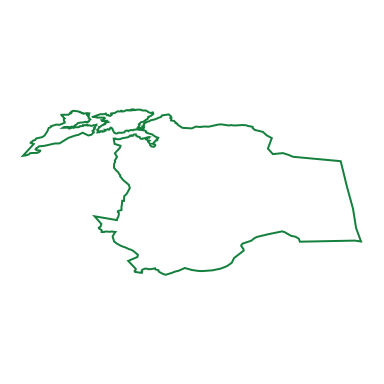 outline of Hemnes nor, Nordland, Norway
{"feature_id": "86288312B41330497985738", "entity_name": "Hemnes nor", "entity_type": "district", "adm_level": 2, "iso_a3": "NOR", "parent_name": "Norway", "parent_adm1": "Nordland", "projection": "robinson", "projection_center": [13.774, 66.006], "detail": "fine", "context": "isolated", "style": "outline", "palette": "green", "viewbox_px": 384, "rotation_deg": 0, "n_neighbors": 0, "source": "geoboundaries", "source_scale": "gbopen_adm2", "svg_char_len": 5951}
<svg xmlns="http://www.w3.org/2000/svg" viewBox="0 0 384 384"><path d="M168.7,114.4L162.1,115.4L161.7,115.6L161.4,116.6L160.0,117.4L158.2,117.8L157.6,118.3L154.4,119.5L150.7,120.3L149.4,121.2L146.9,121.9L143.9,123.8L143.7,124.2L144.1,125.1L143.1,126.1L142.4,126.3L142.9,127.0L144.1,127.2L144.0,127.5L143.6,128.4L137.9,127.5L139.5,125.3L139.6,124.8L138.9,124.2L141.1,122.2L143.1,121.8L144.7,120.9L145.8,119.8L147.6,119.0L147.9,117.9L148.6,117.3L148.4,116.9L151.2,115.7L152.9,114.3L152.7,114.1L153.0,113.8L152.6,113.3L153.1,113.0L152.8,112.4L150.9,113.0L148.5,112.2L146.5,110.8L145.1,110.4L143.9,110.6L141.5,110.2L141.2,109.8L137.6,109.6L134.3,110.2L133.7,110.1L133.9,109.5L132.4,109.3L132.0,109.4L132.6,109.9L131.9,110.4L128.5,110.1L128.1,110.1L128.4,110.4L126.2,110.3L123.4,111.5L121.6,111.4L121.4,110.9L122.0,110.9L121.4,110.8L120.7,110.8L121.2,110.9L120.9,111.3L119.5,111.5L117.5,111.3L114.7,113.1L111.2,113.4L111.0,113.7L112.0,114.2L111.6,115.0L110.2,115.9L109.0,115.8L108.2,114.9L106.9,115.3L105.8,113.5L104.3,114.2L100.4,114.2L93.5,116.6L93.9,116.8L93.7,117.0L96.7,117.2L97.3,117.4L95.7,117.2L97.2,117.6L104.2,117.6L104.7,118.0L104.8,118.5L102.5,120.1L101.6,120.2L102.1,120.8L101.4,121.1L105.9,121.0L107.0,120.7L107.3,121.0L106.9,121.4L108.0,122.0L105.3,122.6L104.9,123.2L105.4,123.7L105.2,124.1L104.0,124.3L103.6,124.4L103.5,124.9L102.2,125.2L100.2,126.8L99.1,126.9L98.6,128.7L97.3,129.8L97.4,130.3L97.7,130.3L97.7,131.2L98.2,131.2L97.6,132.4L99.6,132.2L100.8,131.2L102.8,131.1L103.2,131.4L103.1,131.6L104.0,131.4L104.6,130.9L105.3,130.8L105.3,130.0L105.1,129.8L106.6,129.8L107.6,129.2L108.2,129.2L108.9,129.8L109.6,129.4L110.0,128.5L110.7,128.2L110.6,127.7L110.9,127.6L111.8,128.1L112.7,129.2L112.6,129.8L114.4,132.9L116.1,133.5L117.3,133.4L118.5,132.7L121.3,132.8L124.2,132.4L125.3,131.0L126.6,130.6L127.5,130.6L128.4,131.2L128.8,130.7L131.2,130.0L133.0,130.3L133.5,129.8L136.7,129.4L144.8,130.5L146.3,131.4L146.0,132.3L147.1,133.0L152.7,134.6L153.2,135.3L156.0,137.0L158.3,137.8L158.1,138.4L156.9,139.2L157.3,140.1L157.1,140.4L155.6,140.5L154.9,141.7L153.7,142.6L153.6,143.1L152.8,143.8L155.1,144.6L155.3,145.4L154.0,146.8L151.5,146.5L150.0,144.9L150.5,143.9L150.1,143.9L148.2,141.8L149.5,140.7L147.4,140.1L147.1,139.2L146.1,139.4L145.1,138.4L148.5,137.4L148.9,137.4L148.5,137.7L149.3,137.7L149.5,137.2L150.2,137.0L148.1,137.2L143.3,138.6L142.8,138.4L142.1,138.9L140.9,138.7L140.4,138.5L139.5,136.9L137.4,136.6L136.7,135.7L136.2,135.7L135.8,134.4L133.7,134.6L132.9,135.5L132.4,135.5L132.5,135.8L131.4,135.8L131.3,135.4L130.0,135.6L129.7,135.8L129.6,136.4L127.6,137.3L121.5,138.4L120.6,139.0L118.6,139.3L115.4,139.0L115.2,138.5L113.7,138.6L114.6,143.9L120.5,145.8L120.1,147.5L114.9,153.3L117.0,156.9L114.8,160.6L115.2,161.6L114.2,163.6L114.0,167.7L116.1,170.4L118.1,172.1L119.4,174.4L120.3,175.2L120.1,176.3L123.2,180.1L128.9,184.9L129.8,188.0L127.2,193.0L126.1,194.5L124.2,196.1L124.0,200.9L122.2,200.8L121.9,204.8L121.5,206.6L121.5,210.0L118.1,211.0L117.8,212.0L118.8,212.9L118.9,214.2L118.3,216.6L117.2,218.7L116.9,220.1L94.6,216.3L101.4,224.0L100.4,226.8L98.8,227.7L98.9,228.4L101.7,230.2L101.6,232.0L104.0,232.1L105.3,231.5L109.9,231.8L111.5,231.5L115.4,232.0L114.6,232.9L112.6,236.4L114.1,241.5L117.3,243.9L121.7,246.2L126.1,247.7L129.2,249.3L130.5,249.5L132.8,250.6L137.9,254.8L137.4,257.0L128.2,260.9L135.7,268.8L135.8,269.6L134.6,271.0L135.0,271.9L141.6,272.9L141.9,272.9L142.2,271.8L141.6,271.2L141.9,270.2L142.8,269.5L144.7,268.7L146.8,268.6L148.2,269.2L151.5,269.1L155.0,268.3L155.3,269.3L158.5,270.3L158.5,271.1L159.2,271.9L163.7,274.3L165.9,274.7L171.5,273.0L175.7,271.4L178.5,270.8L184.8,268.0L192.0,270.0L198.1,270.9L202.2,271.1L212.7,270.3L220.7,268.6L227.0,266.1L230.8,263.5L231.8,262.7L234.0,258.1L243.7,250.6L243.4,249.0L241.2,245.9L241.4,244.9L242.6,243.6L251.3,240.7L254.4,238.2L257.0,236.9L267.8,234.3L282.0,231.4L284.4,232.0L291.2,235.9L295.1,236.6L297.4,237.8L298.8,238.7L299.9,241.7L354.8,240.6L361.0,241.5L356.1,228.1L353.0,208.7L346.9,186.5L340.7,161.2L293.1,156.8L288.3,154.8L282.9,153.1L272.9,154.1L267.9,148.6L271.8,138.1L266.6,135.3L262.9,131.9L254.7,129.9L252.7,128.1L252.8,127.1L251.7,126.6L248.0,126.0L246.2,125.3L242.8,125.0L234.6,125.5L230.7,125.1L229.0,125.5L221.5,124.4L218.7,124.5L208.6,126.7L204.2,126.5L200.2,127.0L195.8,126.6L191.8,128.4L182.3,127.8L177.5,124.6L177.4,123.8L175.8,123.1L176.0,122.8L174.1,121.0L171.0,120.4L171.4,117.9L170.4,117.8L171.0,116.4L168.7,114.4ZM88.4,135.5L91.5,134.7L93.3,132.7L93.6,132.7L93.7,132.3L93.0,131.5L93.4,131.5L92.9,130.8L93.5,129.9L94.1,129.6L94.1,128.7L94.6,128.6L94.0,127.9L94.9,126.9L95.2,126.9L95.6,125.6L96.5,125.1L96.5,124.7L95.1,125.2L94.0,125.1L91.5,125.9L89.3,125.4L87.9,125.5L87.7,125.0L85.4,125.1L85.4,125.3L83.2,125.1L83.1,125.9L79.7,126.3L79.6,126.7L78.6,127.2L74.7,127.3L73.6,127.9L73.0,127.6L71.9,127.7L69.2,128.6L68.0,127.7L66.5,127.7L62.8,127.8L63.9,127.1L67.8,126.9L70.5,127.3L71.2,126.7L73.5,126.7L75.1,125.6L75.3,125.1L76.7,124.5L77.7,123.2L80.1,122.6L82.6,122.5L85.6,121.8L86.5,122.0L86.4,122.4L87.0,122.6L88.0,122.0L88.1,121.6L88.6,121.6L89.5,120.3L89.4,120.0L90.3,119.4L88.9,117.8L88.6,117.8L88.7,115.9L88.2,115.9L88.4,115.3L88.8,115.2L88.8,114.7L86.1,115.0L89.1,113.9L89.3,113.4L87.2,113.1L83.6,113.7L83.5,113.4L82.2,113.2L82.3,112.9L80.3,112.4L79.8,112.2L79.9,111.9L77.7,111.3L73.2,110.8L71.7,111.5L71.7,112.1L71.4,112.1L71.5,112.4L70.4,112.8L70.7,113.4L69.6,113.7L68.6,114.7L61.4,114.8L61.5,115.3L64.7,118.5L63.8,119.2L63.9,120.7L64.7,121.9L64.8,122.5L64.5,122.8L59.7,124.8L56.1,124.6L51.1,126.2L51.3,126.6L50.2,127.5L48.7,128.0L47.3,131.4L44.5,135.6L42.3,137.1L36.1,138.5L35.2,139.9L32.8,140.8L31.9,141.9L30.8,142.4L30.6,142.8L31.0,143.0L33.7,144.0L23.0,155.8L25.8,155.4L28.9,154.4L30.2,153.1L36.8,152.9L38.4,152.5L40.1,151.2L40.2,150.6L36.5,150.1L35.6,149.3L36.4,148.1L37.8,147.5L38.8,146.4L44.6,145.8L54.7,143.5L59.5,143.4L68.4,137.9L74.9,135.6L78.5,134.8L82.6,132.7L88.4,135.5Z" fill="none" stroke="#15803d" stroke-width="2"/></svg>